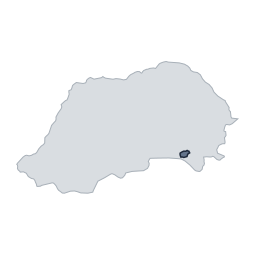 where Gyôr sits in Hungary, rotated 183°
{"feature_id": "HUN-4905", "entity_name": "Gyôr", "entity_type": "Urban county", "adm_level": 1, "iso_a3": "HUN", "parent_name": "Hungary", "parent_adm1": "", "projection": "orthographic", "projection_center": [17.664, 47.662], "detail": "fine", "context": "in_parent", "style": "filled", "palette": "slate", "viewbox_px": 256, "rotation_deg": 183, "n_neighbors": 0, "source": "natural_earth", "source_scale": "10m", "svg_char_len": 2802}
<svg xmlns="http://www.w3.org/2000/svg" viewBox="0 0 256 256"><g transform="rotate(183 128 128)"><path d="M212.1,65.4L215.1,64.9L215.3,64.9L216.0,65.1L216.6,67.3L217.5,68.9L218.3,70.8L219.5,72.2L221.9,72.6L225.0,74.3L227.2,77.5L230.3,78.8L230.5,78.8L231.1,78.6L233.3,78.3L233.7,79.0L235.6,80.5L236.3,82.0L236.1,83.5L236.5,85.3L237.2,85.9L236.5,87.1L231.3,93.4L229.2,95.1L227.8,95.5L225.4,95.0L223.1,95.6L221.0,97.0L219.1,97.5L217.7,99.1L216.0,102.5L213.8,105.3L211.5,107.1L210.4,108.7L210.5,114.0L209.3,115.5L207.6,117.2L206.7,118.5L204.4,126.7L202.4,129.3L200.6,131.4L200.3,133.2L200.5,135.2L198.5,139.4L195.7,143.8L195.2,145.6L196.0,147.9L193.3,150.7L191.8,152.1L190.4,152.8L189.7,154.5L188.5,158.7L188.9,160.5L189.0,162.2L186.7,163.3L186.1,165.2L185.6,167.5L184.6,168.6L182.0,170.7L175.2,170.1L172.7,170.9L172.0,172.3L171.9,173.4L171.1,174.5L169.6,175.8L168.1,176.5L164.5,175.0L157.0,176.9L155.8,178.1L154.7,177.3L153.1,176.6L145.5,175.9L142.6,176.7L138.6,176.5L134.9,175.8L132.1,176.5L129.8,179.8L128.6,181.0L127.7,181.7L125.6,182.8L123.9,184.0L121.6,184.9L119.5,184.9L117.6,183.5L116.9,183.8L116.3,185.1L115.2,186.3L112.3,187.7L111.6,187.7L111.4,187.7L109.2,188.7L105.5,189.3L103.6,188.9L100.3,193.5L99.3,194.3L96.1,195.7L93.4,196.4L91.2,195.9L90.3,195.9L80.2,195.7L75.0,194.7L71.6,193.0L69.4,191.0L68.3,188.8L65.7,187.5L61.6,187.0L58.5,184.9L56.2,181.0L53.2,177.9L49.3,175.7L46.2,172.5L44.0,168.3L40.0,164.6L34.2,161.2L32.4,160.5L32.1,159.4L29.2,155.3L28.1,153.8L28.2,151.8L27.6,150.6L26.6,149.8L26.1,146.9L25.8,144.7L25.0,143.3L18.8,142.9L24.1,137.8L26.7,136.4L29.7,136.7L30.7,136.2L31.0,135.5L31.5,133.8L31.8,132.2L32.1,130.7L31.8,129.8L30.3,129.5L29.7,125.8L30.4,124.4L31.2,123.5L30.3,118.9L30.6,117.4L33.0,117.2L34.9,116.2L36.5,115.2L37.0,113.8L38.3,111.0L37.2,107.5L30.5,105.1L30.2,104.2L31.7,103.3L33.4,101.9L34.4,100.8L35.7,100.7L37.5,101.2L40.7,103.8L41.9,104.2L43.1,103.5L44.4,103.3L48.0,103.4L51.0,102.9L50.3,100.2L50.3,98.2L49.8,96.7L50.2,94.9L51.4,93.6L51.8,90.6L53.7,88.6L54.5,88.3L57.8,88.7L58.6,89.2L59.1,89.4L64.3,94.3L69.3,98.0L73.4,99.9L79.4,100.1L85.7,100.2L96.4,99.5L104.3,98.9L104.9,98.0L106.0,95.7L105.0,93.8L105.1,91.6L106.4,88.7L110.2,86.2L121.5,84.9L127.9,83.0L128.8,80.5L130.9,78.0L132.8,77.5L135.5,78.5L138.8,80.6L141.6,81.6L143.3,80.8L148.8,77.1L155.3,73.3L159.4,63.6L159.8,62.1L164.6,60.8L171.7,60.7L175.4,61.8L178.1,62.3L182.2,61.9L188.0,59.6L190.2,59.6L192.0,60.9L193.9,62.1L195.2,63.6L196.3,65.7L196.8,66.5L197.7,67.5L199.3,69.0L200.7,69.3L211.5,66.1L212.1,65.4Z" fill="#d9dde1" stroke="#a8b0b8" stroke-width="1"/><path d="M70.7,101.5L72.2,101.9L73.7,101.7L74.4,103.4L74.7,104.9L74.5,105.8L72.5,107.1L71.1,107.8L69.0,107.8L67.8,108.7L66.6,108.0L66.1,108.1L65.1,106.4L67.0,105.0L67.6,102.6L70.7,101.5Z" fill="#64748b" stroke="#1e293b" stroke-width="1.5"/></g></svg>